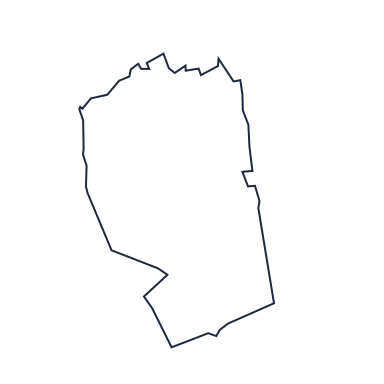 Williamson, Tennessee, United States of America (orthographic projection), rotated 239°
{"feature_id": "52423323B14548385416818", "entity_name": "Williamson", "entity_type": "district", "adm_level": 2, "iso_a3": "USA", "parent_name": "United States of America", "parent_adm1": "Tennessee", "projection": "orthographic", "projection_center": [-86.823, 35.875], "detail": "fine", "context": "isolated", "style": "outline", "palette": "slate", "viewbox_px": 384, "rotation_deg": 239, "n_neighbors": 0, "source": "geoboundaries", "source_scale": "gbopen_adm2", "svg_char_len": 767}
<svg xmlns="http://www.w3.org/2000/svg" viewBox="0 0 384 384"><g transform="rotate(239 192 192)"><path d="M59.5,144.8L60.7,155.1L54.4,205.0L144.1,240.6L149.3,245.1L164.8,249.2L168.0,242.9L183.4,245.6L178.9,254.6L201.5,264.7L220.7,275.0L235.8,277.6L249.3,285.3L263.0,291.0L265.3,284.6L292.5,283.4L286.6,279.1L287.6,259.9L294.4,261.2L299.2,249.1L303.7,251.5L302.9,238.5L310.1,235.9L325.3,238.8L325.9,219.7L319.5,218.7L323.8,211.8L329.6,211.9L328.6,202.7L323.3,197.8L324.9,186.9L319.0,169.5L324.3,153.6L319.8,140.8L322.5,140.0L321.2,138.1L309.3,135.5L284.6,121.2L280.3,117.9L268.7,115.1L251.4,104.0L245.2,102.0L183.4,93.0L144.1,123.5L133.7,128.3L127.2,97.0L113.0,98.0L69.4,94.5L62.6,133.2L56.0,138.6L59.5,144.8Z" fill="none" stroke="#1e293b" stroke-width="2"/></g></svg>